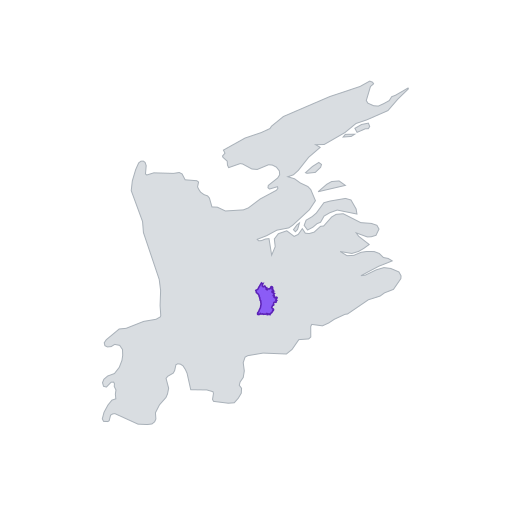 Rajbari, Dhaka, Bangladesh (highlighted), rotated 253°
{"feature_id": "16705992B48875454234518", "entity_name": "Rajbari", "entity_type": "district", "adm_level": 2, "iso_a3": "BGD", "parent_name": "Bangladesh", "parent_adm1": "Dhaka", "projection": "robinson", "projection_center": [89.601, 23.735], "detail": "fine", "context": "in_parent", "style": "filled", "palette": "violet", "viewbox_px": 512, "rotation_deg": 253, "n_neighbors": 0, "source": "geoboundaries", "source_scale": "gbopen_adm2", "svg_char_len": 8185}
<svg xmlns="http://www.w3.org/2000/svg" viewBox="0 0 512 512"><g transform="rotate(253 256 256)"><path d="M181.4,362.9L181.3,350.7L173.8,326.6L174.2,324.0L172.6,312.4L170.7,306.0L169.8,299.1L174.3,289.3L172.5,287.7L162.5,284.7L161.3,282.1L163.5,272.5L156.2,263.3L153.4,256.4L161.1,234.4L163.1,219.0L162.5,216.0L157.8,212.6L149.5,211.2L143.6,208.3L140.2,204.0L137.3,202.2L133.7,203.5L129.1,201.8L125.2,197.5L122.0,192.3L123.3,186.5L129.4,172.9L131.6,172.5L136.9,175.1L138.8,175.2L142.3,169.8L147.2,154.5L164.0,155.8L168.0,155.3L172.3,154.1L174.6,152.2L175.8,149.7L175.4,147.6L170.2,144.7L168.2,142.6L166.8,136.5L165.3,134.2L155.1,133.8L149.9,131.0L147.0,128.5L141.9,120.2L135.5,114.0L129.4,112.6L127.1,110.6L125.8,107.4L126.6,102.8L129.7,94.0L146.5,75.0L146.9,72.9L146.3,70.4L141.4,67.4L141.0,65.9L142.4,61.9L145.2,61.4L151.0,65.0L156.8,70.9L160.3,76.1L160.4,80.2L165.0,81.1L168.8,82.9L172.7,82.3L175.3,83.3L177.0,83.0L177.7,80.6L174.4,74.6L176.0,72.1L179.8,72.2L182.6,74.5L184.6,79.1L185.0,86.3L189.5,92.7L195.4,97.3L200.0,99.5L205.6,101.0L210.4,99.5L212.8,95.0L211.7,91.0L212.5,87.3L214.4,85.3L217.4,85.5L219.7,88.3L226.2,103.8L224.8,110.7L226.3,129.5L224.7,141.9L225.7,146.6L226.8,147.5L236.7,149.8L250.9,154.7L261.9,156.6L311.3,155.2L322.1,157.6L355.0,155.8L364.0,159.7L373.8,166.2L379.3,171.0L380.3,173.7L379.7,176.0L377.9,177.3L374.5,177.4L366.8,174.3L365.4,175.2L365.4,182.6L359.1,201.3L358.3,207.0L356.1,209.3L349.6,210.5L345.3,221.4L343.5,222.7L339.2,220.3L336.6,220.7L333.2,221.7L329.9,224.2L327.6,227.3L325.0,228.4L315.8,228.2L314.0,233.3L308.0,239.9L303.8,257.4L304.2,262.7L309.3,276.7L312.9,294.8L314.3,296.7L316.0,296.8L316.1,288.5L317.8,287.4L319.9,288.4L324.3,299.6L326.8,302.4L330.6,303.2L335.0,301.5L338.2,298.2L339.6,294.7L338.4,282.5L340.4,277.5L347.9,270.1L349.0,267.9L348.5,255.7L351.3,255.3L355.1,256.2L359.9,253.3L361.4,253.2L363.4,256.4L366.8,255.8L372.0,280.0L372.5,297.1L373.8,306.6L375.6,308.8L381.4,323.0L386.9,373.2L387.7,405.0L390.0,415.9L388.1,418.3L386.3,418.8L384.6,415.0L372.4,406.9L369.4,407.7L365.3,412.4L363.6,416.8L364.4,422.9L365.7,428.9L368.7,432.4L368.9,436.2L372.2,450.5L371.3,450.6L364.6,437.6L356.5,424.7L353.8,401.7L353.5,390.4L348.0,377.0L342.7,353.8L345.0,345.6L341.1,349.1L335.0,335.2L325.5,321.5L322.7,315.5L322.5,309.6L318.5,315.5L312.9,319.7L307.3,325.9L303.5,327.8L291.5,329.0L284.6,320.6L274.7,300.1L273.3,295.5L274.6,283.5L272.3,272.1L271.6,262.0L269.8,262.9L269.1,265.7L269.5,269.9L268.8,273.5L252.2,271.2L259.3,277.1L266.9,278.5L270.8,283.9L271.1,292.8L263.6,298.2L264.3,302.7L268.6,308.3L263.4,309.8L261.9,313.4L261.8,318.6L265.5,326.4L264.9,329.5L271.2,339.8L272.4,344.8L270.9,351.8L257.3,365.9L253.4,375.9L250.0,380.6L245.8,381.5L240.7,376.8L240.7,371.9L241.7,368.0L248.8,358.6L244.9,359.9L233.9,367.6L231.8,361.4L230.4,355.5L230.4,348.4L235.7,337.8L229.7,343.1L228.0,349.7L228.8,357.5L228.0,363.1L225.7,370.3L222.4,374.6L217.3,377.4L215.0,381.7L211.5,384.8L210.3,370.3L206.5,350.6L205.7,354.8L207.6,367.0L207.5,374.9L204.7,381.2L199.0,388.0L194.6,388.9L192.0,387.9L183.9,377.7L183.2,368.2L181.4,362.9ZM281.8,363.2L271.7,365.5L266.6,364.8L276.2,347.1L275.8,339.2L274.3,332.8L269.4,327.6L269.1,323.9L266.9,318.8L265.8,312.9L271.2,311.0L275.6,314.4L277.2,321.1L279.4,326.2L287.1,336.5L286.9,342.9L284.9,358.4L281.8,363.2ZM303.5,357.4L297.4,362.1L299.3,334.2L303.9,344.6L305.1,350.1L303.5,357.4ZM327.1,343.4L324.4,345.4L321.9,343.7L318.6,337.1L320.2,328.9L321.2,327.7L325.1,336.1L327.1,343.4ZM350.2,402.3L346.6,402.6L344.9,400.6L345.7,397.8L344.7,388.8L349.2,387.9L350.9,395.4L350.2,402.3ZM346.2,377.0L343.6,386.0L342.5,382.0L344.3,374.1L346.2,377.0ZM273.8,304.3L274.9,307.2L269.2,303.5L267.7,300.8L270.2,299.5L273.8,304.3Z" fill="#d9dde1" stroke="#a8b0b8" stroke-width="1"/><path d="M228.7,253.4L228.5,253.1L228.1,252.6L227.8,252.4L227.4,252.1L227.2,251.9L227.0,251.3L226.8,251.1L226.3,250.8L225.9,250.4L225.6,249.8L225.4,249.7L225.0,249.3L224.5,248.8L224.1,248.5L223.8,248.1L223.7,248.0L223.7,247.9L223.6,247.7L223.4,247.0L223.3,246.0L223.2,245.7L222.2,245.8L221.6,245.8L221.0,245.6L220.8,245.7L220.5,246.0L220.3,246.1L219.8,246.3L219.6,246.4L219.6,246.5L219.4,246.7L218.9,247.0L218.6,247.1L218.0,247.2L217.5,247.3L217.2,247.4L216.5,247.2L216.2,247.1L215.4,247.4L215.0,247.4L214.3,247.2L213.4,247.2L212.4,247.0L212.1,247.1L211.9,247.4L211.7,247.4L211.1,247.3L210.5,247.1L210.0,247.0L209.8,247.0L209.4,246.9L208.8,246.9L208.4,246.7L208.0,246.6L207.8,246.5L207.7,246.3L207.5,246.2L205.8,245.4L205.3,245.1L204.6,244.5L204.2,244.0L204.0,243.9L203.5,243.4L202.6,242.7L202.2,242.5L202.0,242.2L201.8,241.9L201.3,241.1L201.1,240.9L200.8,240.7L199.7,240.5L199.6,241.3L199.7,241.6L199.6,241.8L199.4,241.8L199.3,241.6L199.3,241.4L199.2,241.4L199.1,242.1L199.3,242.3L199.4,242.7L199.3,242.9L199.4,243.0L199.5,243.1L199.6,243.3L199.4,243.3L199.2,243.6L199.0,243.8L198.9,243.9L198.9,244.5L198.9,244.9L198.9,245.2L198.7,245.3L198.5,245.5L198.4,245.6L198.3,246.0L198.1,245.9L198.0,246.1L198.1,246.4L198.0,246.7L197.9,247.1L197.8,247.3L197.6,247.7L197.6,247.9L197.6,248.3L197.5,248.6L197.7,249.1L197.7,249.4L197.6,249.5L197.1,249.5L196.9,249.6L196.6,249.6L196.6,249.9L196.5,250.1L196.9,250.2L197.0,250.2L197.3,250.2L197.2,250.3L197.1,250.6L197.0,250.8L196.9,251.1L196.9,251.4L196.8,251.5L196.6,251.5L196.3,251.7L196.2,251.8L195.9,252.0L195.8,252.3L196.3,252.4L196.6,252.6L196.6,252.9L196.6,253.3L196.8,253.6L197.0,253.7L197.2,253.8L197.3,254.1L197.2,254.3L197.2,254.5L197.4,254.8L197.5,254.8L197.8,255.2L197.9,255.3L198.5,255.7L198.7,255.9L198.8,256.0L198.8,256.4L198.7,256.6L198.8,256.7L199.0,256.7L199.4,256.7L199.7,256.9L199.7,257.1L199.8,257.1L200.1,257.1L200.3,257.1L200.5,256.7L200.7,256.4L200.9,256.4L202.0,256.0L202.2,255.9L202.4,256.0L202.5,256.1L202.7,256.5L203.0,256.7L203.3,257.0L203.8,257.3L204.0,257.5L203.8,258.0L203.8,258.4L204.0,258.7L204.2,258.8L204.7,258.8L205.0,258.8L205.8,259.1L206.1,259.3L206.4,259.7L206.5,259.9L206.5,260.1L206.4,260.2L206.4,260.4L206.3,260.5L206.2,260.6L206.0,261.1L205.9,261.5L206.0,261.8L206.4,261.9L206.6,261.9L207.2,262.6L207.4,262.9L207.7,262.6L207.8,262.5L207.9,262.4L208.0,262.1L208.3,262.3L208.6,262.4L208.7,262.6L208.9,262.8L209.1,263.1L209.1,263.3L209.3,263.5L209.5,263.5L209.5,263.4L209.7,263.5L209.9,263.6L210.0,263.7L209.9,263.9L210.0,264.0L210.6,263.7L210.6,263.4L210.4,263.4L210.1,263.4L209.9,263.3L210.0,263.3L210.0,263.1L210.1,262.9L210.2,262.6L210.4,262.6L210.3,262.4L210.3,262.0L210.5,262.0L210.8,261.9L210.9,262.0L211.0,262.0L211.2,261.8L211.3,261.8L211.2,261.6L211.2,261.4L211.3,261.2L211.6,261.2L211.8,261.4L212.0,261.5L212.5,261.8L212.8,261.9L213.0,261.8L213.2,261.7L213.3,261.6L213.3,261.4L213.0,261.2L213.1,260.9L213.3,260.9L213.4,261.1L213.6,261.5L213.6,261.8L213.9,261.8L214.0,262.0L214.3,262.1L214.5,262.2L214.9,262.0L215.0,262.2L215.0,262.3L215.1,262.2L215.3,262.2L215.5,262.1L215.8,262.1L216.0,262.1L216.1,261.8L216.1,261.7L216.2,261.4L216.3,261.2L216.2,261.1L216.5,260.8L216.8,260.8L217.0,260.8L217.3,260.9L217.2,261.0L217.3,261.2L217.3,261.3L217.4,261.6L217.5,261.7L217.5,261.9L217.4,262.0L217.4,262.5L217.5,262.4L217.6,262.5L217.8,262.5L218.0,262.4L218.3,262.4L218.4,262.2L218.6,262.2L218.9,262.2L219.0,262.1L219.2,262.3L219.6,262.1L219.8,262.2L219.8,261.9L219.8,261.7L220.1,261.7L220.2,261.8L220.1,262.0L220.2,262.3L220.5,262.4L220.5,262.6L220.8,262.7L221.0,262.7L221.4,262.6L221.5,262.6L221.5,262.4L221.5,262.2L221.8,262.1L222.1,262.1L222.3,261.9L222.3,261.6L222.2,261.3L221.9,261.0L221.4,260.6L221.2,260.5L221.2,260.4L220.8,260.2L220.8,259.9L220.7,259.5L220.6,259.4L220.9,259.0L220.9,258.9L220.9,258.7L220.9,258.4L220.9,257.7L220.8,257.2L220.7,257.0L220.8,257.0L220.4,256.7L220.5,256.6L220.8,256.5L220.9,256.3L221.0,256.2L221.1,256.4L221.2,256.6L221.4,257.0L221.5,257.0L221.7,256.9L222.0,256.9L222.4,257.0L222.4,256.8L222.3,256.6L222.3,256.4L222.4,256.2L222.6,256.2L222.8,256.0L223.4,256.1L223.7,255.9L223.9,255.8L224.1,255.9L224.3,255.9L224.3,255.7L224.6,255.5L224.4,255.4L224.5,254.2L224.4,254.0L224.4,253.9L224.6,253.9L225.3,253.4L225.6,253.2L225.9,253.6L226.0,253.7L226.4,253.9L226.8,254.0L227.0,254.1L227.3,254.1L227.3,254.3L227.6,254.6L227.6,254.4L227.6,254.2L227.5,253.9L228.0,253.8L228.7,253.4Z" fill="#8b5cf6" stroke="#5b21b6" stroke-width="1.5"/></g></svg>